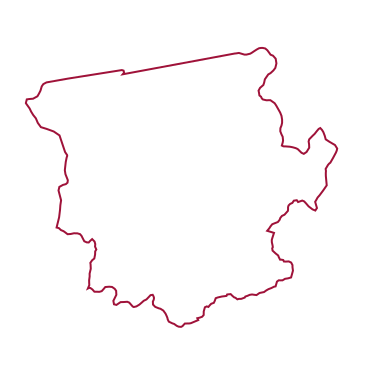 outline of Tongod, Sabah, Malaysia, rotated 261°
{"feature_id": "92858781B32366551894999", "entity_name": "Tongod", "entity_type": "district", "adm_level": 2, "iso_a3": "MYS", "parent_name": "Malaysia", "parent_adm1": "Sabah", "projection": "mercator", "projection_center": [116.895, 5.08], "detail": "fine", "context": "isolated", "style": "outline", "palette": "rose", "viewbox_px": 384, "rotation_deg": 261, "n_neighbors": 0, "source": "geoboundaries", "source_scale": "gbopen_adm2", "svg_char_len": 3830}
<svg xmlns="http://www.w3.org/2000/svg" viewBox="0 0 384 384"><g transform="rotate(261 192 192)"><path d="M216.0,340.6L220.0,335.7L223.1,332.3L226.8,331.9L230.6,331.1L233.0,330.1L235.1,328.7L234.5,327.0L232.7,324.9L230.2,322.2L228.7,320.0L225.7,316.0L223.7,315.1L220.7,315.1L217.4,314.7L213.6,311.4L212.2,308.4L213.6,306.3L217.9,303.1L219.1,301.3L220.4,298.5L221.4,295.8L222.3,292.0L222.8,289.4L223.8,288.0L226.6,289.3L228.6,290.0L232.4,290.2L234.9,289.4L238.2,288.7L241.2,289.3L243.7,290.8L246.2,291.8L249.3,292.3L253.2,292.3L256.7,291.5L264.2,288.7L266.8,287.5L270.4,283.8L271.0,279.7L272.3,276.5L273.5,275.6L275.3,275.1L276.8,273.7L279.7,273.7L281.7,273.6L284.2,275.5L285.4,277.4L286.5,279.2L288.8,280.4L291.9,281.6L296.2,285.7L297.1,288.1L299.3,291.4L301.5,293.7L305.8,295.5L310.6,295.5L314.0,293.3L315.3,291.1L317.5,290.0L320.2,288.6L322.3,286.8L323.2,284.5L323.5,282.5L323.5,280.7L322.6,278.2L321.4,275.5L320.1,272.7L319.5,271.1L319.2,267.3L319.5,265.3L322.0,260.1L322.0,256.9L322.1,256.3L319.1,142.0L320.5,143.6L322.6,143.4L323.4,141.8L323.4,87.2L323.0,65.4L321.8,62.0L319.8,60.1L315.8,58.2L312.9,56.1L310.7,54.3L309.0,49.6L309.3,45.7L309.3,43.3L305.8,41.8L305.5,41.9L299.9,44.7L296.5,45.7L292.9,47.2L289.2,49.3L284.4,50.5L279.7,52.9L277.0,58.4L273.4,64.9L268.6,70.0L251.3,72.9L248.1,74.4L247.2,74.4L245.7,73.6L241.4,72.0L233.4,69.8L229.4,69.8L223.1,71.2L220.7,70.5L219.5,68.6L219.2,65.7L217.8,61.8L214.4,60.4L210.4,60.8L204.3,61.4L199.5,59.9L195.2,58.9L187.8,56.8L178.1,52.7L177.2,54.8L174.9,56.6L173.4,59.0L171.8,60.6L169.8,62.5L169.5,65.6L169.7,68.9L169.1,72.3L167.9,74.8L166.0,76.0L163.2,76.9L160.2,77.9L158.7,80.2L158.3,82.1L159.6,83.7L161.1,86.0L158.3,88.0L155.7,88.3L153.2,87.7L150.2,88.5L148.5,87.1L145.4,86.5L141.6,85.1L140.2,82.7L137.9,80.5L136.3,80.5L132.0,80.0L127.4,78.1L124.6,77.7L121.0,76.6L118.2,76.2L116.1,76.0L113.0,74.1L113.4,75.3L113.1,76.6L111.3,78.4L108.8,80.0L107.9,85.0L108.2,87.3L109.9,89.4L111.7,91.5L111.4,95.5L110.7,98.2L108.5,100.5L106.3,101.6L102.3,101.2L96.8,97.3L93.3,97.4L92.3,99.7L94.4,104.2L94.0,107.4L93.7,110.9L92.6,112.7L88.2,115.5L87.5,116.5L87.7,119.2L89.0,122.4L90.6,125.0L92.1,127.3L93.0,130.2L95.2,133.1L96.6,134.9L96.6,137.1L94.9,137.7L93.3,137.9L91.5,137.3L89.9,136.2L86.9,135.9L84.3,137.7L82.3,141.0L81.6,142.6L79.4,145.1L76.1,146.8L73.7,147.5L71.6,148.0L69.9,148.1L67.6,148.8L65.3,152.1L64.5,153.7L62.2,156.0L61.1,157.7L60.5,160.1L61.0,161.6L62.3,163.2L63.2,164.4L62.6,168.7L62.6,170.3L64.5,178.1L66.5,177.5L66.7,180.0L67.2,182.5L68.7,184.3L72.2,184.9L76.1,186.7L76.7,188.7L75.9,190.2L77.4,191.9L78.6,193.5L79.1,196.2L81.0,197.5L83.4,198.8L83.8,200.9L84.1,205.2L84.0,207.9L84.0,209.8L85.3,210.7L85.1,214.2L83.2,215.6L81.4,217.1L80.7,218.4L78.9,220.0L79.1,221.5L78.8,223.4L78.8,224.2L79.5,227.6L80.4,228.3L80.8,230.7L81.4,232.9L81.4,235.3L80.8,237.2L80.1,239.6L81.7,242.9L81.9,247.5L83.2,250.0L84.1,252.4L84.7,255.3L85.6,258.1L85.7,259.8L90.2,261.9L91.2,263.8L90.9,265.4L90.6,267.6L91.7,270.3L91.7,273.4L92.1,276.5L98.5,279.4L102.0,279.5L104.1,279.8L106.8,278.9L108.3,276.7L108.6,273.7L109.0,271.9L110.5,271.5L111.1,270.0L111.4,268.4L114.2,267.5L115.8,267.2L118.2,265.0L121.5,262.4L123.8,262.4L124.9,263.2L126.8,263.2L129.9,263.0L132.2,263.3L134.5,264.4L138.8,266.6L141.9,260.2L144.0,262.6L145.8,264.2L147.6,266.2L148.2,268.8L148.9,272.1L150.8,274.2L152.6,275.2L154.3,277.1L155.1,279.8L158.3,283.7L159.4,284.1L162.0,284.5L163.6,285.3L164.9,287.1L165.5,289.4L167.5,291.2L167.5,294.2L165.5,295.2L166.1,298.5L166.3,299.5L165.2,301.3L163.0,302.8L159.6,304.9L156.0,308.3L154.4,310.9L156.6,312.9L163.0,312.1L165.1,313.8L166.9,315.2L168.8,317.5L173.1,321.9L177.5,326.1L186.9,326.7L189.7,327.1L191.9,327.6L193.9,327.6L195.8,329.2L197.4,330.5L198.6,331.9L199.3,333.2L203.5,336.6L208.4,340.3L210.2,341.4L212.2,342.2L216.0,340.6Z" fill="none" stroke="#9f1239" stroke-width="2"/></g></svg>